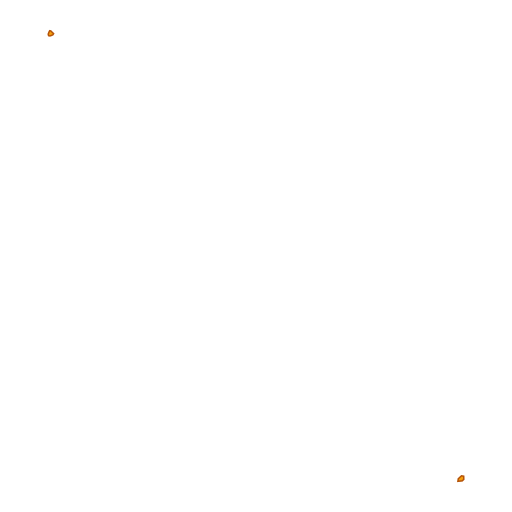 SVG path tracing the border of Saint Helena
{"feature_id": "SHN", "entity_name": "Saint Helena", "entity_type": "country or territory", "adm_level": 0, "iso_a3": "SHN", "parent_name": "Seven seas (open ocean)", "parent_adm1": "", "projection": "natural_earth1", "projection_center": [-11.003, -11.943], "detail": "fine", "context": "isolated", "style": "filled", "palette": "amber", "viewbox_px": 512, "rotation_deg": 0, "n_neighbors": 0, "source": "natural_earth", "source_scale": "50m", "svg_char_len": 327}
<svg xmlns="http://www.w3.org/2000/svg" viewBox="0 0 512 512"><path d="M462.2,480.9L457.9,481.3L458.3,478.7L461.5,475.8L463.7,476.2L463.8,479.4L462.2,480.9ZM50.6,35.8L49.0,35.9L48.5,35.4L48.2,34.1L49.0,32.0L49.7,30.7L50.8,30.9L52.3,32.4L53.6,33.6L52.9,34.8L50.6,35.8Z" fill="#f59e0b" stroke="#b45309" stroke-width="1.5"/></svg>